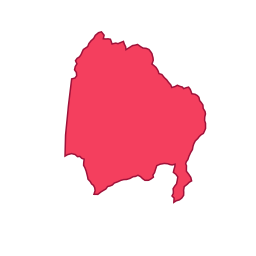 the district of Itororó, Bahia, Brazil, rotated 223°
{"feature_id": "56859067B83493520997574", "entity_name": "Itororó", "entity_type": "district", "adm_level": 2, "iso_a3": "BRA", "parent_name": "Brazil", "parent_adm1": "Bahia", "projection": "natural_earth1", "projection_center": [-40.027, -15.038], "detail": "fine", "context": "isolated", "style": "filled", "palette": "rose", "viewbox_px": 256, "rotation_deg": 223, "n_neighbors": 0, "source": "geoboundaries", "source_scale": "gbopen_adm2", "svg_char_len": 2274}
<svg xmlns="http://www.w3.org/2000/svg" viewBox="0 0 256 256"><g transform="rotate(223 128 128)"><path d="M41.4,116.7L43.4,119.0L45.0,120.5L46.9,123.5L46.3,127.1L46.2,130.1L45.4,132.7L48.4,134.7L52.1,135.6L55.8,136.2L58.0,138.6L59.5,140.3L61.4,141.1L62.4,143.1L62.7,145.7L64.1,148.7L65.4,152.5L66.2,156.2L67.9,158.8L69.1,161.3L70.0,164.5L69.8,167.8L70.1,170.5L69.9,173.1L69.2,175.4L69.9,177.7L71.0,180.6L74.5,184.3L77.1,185.7L79.4,188.4L80.9,191.1L82.9,192.6L86.4,193.6L88.9,195.9L91.5,196.5L94.3,196.9L97.1,198.8L99.4,199.0L102.0,198.4L104.7,196.6L106.6,197.6L108.8,198.7L111.6,199.2L113.0,197.0L114.1,194.8L116.2,195.0L118.3,193.9L121.1,192.9L121.9,190.3L123.6,187.5L126.2,188.7L129.4,189.0L132.5,189.6L135.8,189.6L139.7,190.2L142.5,188.9L144.6,190.1L146.5,190.8L148.9,191.4L151.7,191.3L154.1,191.1L155.7,194.7L157.6,196.4L159.4,197.5L161.2,198.7L163.2,199.2L166.2,199.7L169.0,198.7L171.5,196.7L174.2,196.1L178.0,195.6L179.2,193.6L180.9,191.4L181.9,187.6L182.9,183.9L185.1,185.8L187.8,186.8L190.4,188.2L191.8,185.2L192.8,182.9L194.9,181.7L197.0,178.6L199.4,179.9L201.4,180.9L203.4,179.6L204.9,178.0L206.9,176.4L208.8,179.6L210.8,179.9L213.0,180.2L214.6,177.6L215.1,173.5L214.2,170.1L214.5,166.4L214.2,163.1L213.0,160.1L213.6,157.5L214.2,155.0L213.5,152.8L212.4,149.7L212.0,147.0L212.7,144.2L212.3,141.4L209.1,140.1L208.5,137.0L206.8,134.1L203.6,133.4L201.1,131.1L200.9,128.3L202.7,125.5L187.0,104.0L185.5,102.0L184.0,100.1L168.9,80.3L154.9,64.5L154.0,67.4L151.8,70.8L148.5,72.6L145.4,72.6L143.8,74.4L141.1,74.3L138.8,75.3L136.8,72.5L135.0,70.4L132.5,69.6L129.1,67.9L126.0,65.9L124.2,64.7L122.3,63.3L119.1,63.1L116.5,62.3L114.1,62.5L111.6,61.6L109.3,59.7L107.7,56.3L104.8,58.9L104.2,62.7L103.5,65.3L102.6,68.3L103.0,71.3L101.6,73.4L100.6,75.6L100.5,78.4L98.9,81.5L97.5,84.9L96.0,87.3L93.9,89.5L92.2,92.4L91.1,95.8L89.5,97.7L88.5,100.2L85.7,101.0L82.8,100.9L79.9,101.3L77.3,103.8L76.4,106.6L75.9,109.4L77.7,110.6L78.2,113.5L79.8,116.8L81.3,120.1L79.8,123.5L77.3,126.8L74.5,129.0L72.3,129.9L70.5,131.1L68.9,133.6L67.4,131.7L66.3,129.4L64.6,126.5L61.6,126.8L58.2,126.2L56.2,123.2L54.4,120.2L54.2,117.3L53.6,114.3L51.7,112.7L50.2,111.0L49.5,108.3L46.5,108.2L43.8,104.9L43.1,107.6L41.4,110.5L40.9,113.4L41.4,116.7Z" fill="#f43f5e" stroke="#9f1239" stroke-width="1.5"/></g></svg>